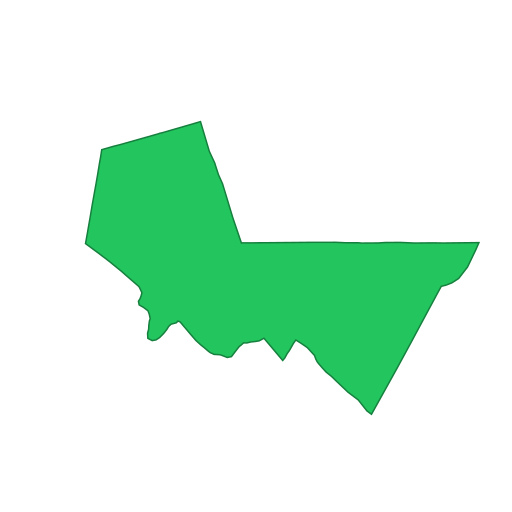 outline of Reforma de Pineda, Oaxaca, Mexico, rotated 301°
{"feature_id": "50627088B66441265662179", "entity_name": "Reforma de Pineda", "entity_type": "district", "adm_level": 2, "iso_a3": "MEX", "parent_name": "Mexico", "parent_adm1": "Oaxaca", "projection": "robinson", "projection_center": [-94.453, 16.395], "detail": "fine", "context": "isolated", "style": "filled", "palette": "green", "viewbox_px": 512, "rotation_deg": 301, "n_neighbors": 0, "source": "geoboundaries", "source_scale": "gbopen_adm2", "svg_char_len": 1944}
<svg xmlns="http://www.w3.org/2000/svg" viewBox="0 0 512 512"><g transform="rotate(301 256 256)"><path d="M171.3,161.1L169.9,169.2L169.6,170.8L169.2,172.0L165.8,177.1L162.8,178.0L159.7,178.6L156.7,178.5L153.9,181.0L154.0,186.0L153.4,191.6L151.2,194.4L148.5,196.9L147.8,197.6L145.6,198.0L141.4,199.8L137.9,201.7L134.0,202.8L129.7,205.7L130.0,210.6L132.7,213.6L136.5,215.4L141.8,216.7L147.0,217.4L150.6,217.4L153.3,218.2L154.0,218.5L157.7,222.1L160.0,222.6L160.4,225.0L155.2,240.2L152.7,247.8L151.4,254.1L150.8,258.6L149.8,264.4L149.6,266.9L149.9,268.8L150.0,270.6L152.9,276.2L153.7,280.5L154.2,283.6L157.1,286.8L162.7,287.4L166.3,287.8L170.0,288.3L171.3,288.9L175.1,290.1L176.8,293.0L179.7,295.9L182.4,299.5L184.9,302.4L189.6,305.2L180.2,332.7L183.3,333.2L188.6,333.0L191.9,333.3L196.9,333.2L200.1,333.1L204.5,333.4L204.4,339.2L204.1,344.6L203.9,347.2L200.9,357.3L198.4,360.4L196.8,363.0L195.9,365.3L194.1,370.9L192.6,375.9L191.7,382.6L190.2,389.0L186.6,405.2L185.3,417.7L180.3,431.0L179.8,436.5L180.0,436.5L186.3,436.3L209.8,435.5L232.8,434.7L264.9,433.3L278.8,432.6L318.7,430.7L323.8,430.5L325.4,430.4L328.9,433.9L333.8,437.7L341.1,441.3L355.5,443.0L374.7,441.2L382.3,440.2L363.5,409.7L359.1,402.1L354.9,395.2L348.7,385.1L341.8,372.4L334.1,359.8L330.1,354.0L321.5,339.9L320.1,337.0L313.4,325.8L311.2,321.7L308.8,317.3L304.4,310.0L296.7,297.2L278.5,267.5L273.9,260.0L270.5,254.4L266.7,248.2L266.4,247.8L263.2,242.5L259.7,236.7L276.7,216.6L300.7,190.1L306.4,181.9L313.9,173.3L314.2,173.1L321.8,161.9L322.1,161.6L342.6,139.2L312.7,111.5L312.5,111.3L311.9,110.5L310.7,109.6L280.9,81.6L276.9,77.6L267.7,69.0L260.1,72.1L256.3,73.5L243.7,78.5L237.0,81.1L233.6,82.4L217.8,88.4L216.2,89.0L203.5,94.0L203.3,94.1L201.9,94.6L191.3,98.7L189.8,99.3L187.4,100.2L178.8,103.5L177.3,119.5L176.7,124.8L176.3,129.0L176.1,130.3L175.8,132.9L173.8,146.9L173.6,148.4L172.4,154.8L172.3,155.6L171.3,161.1Z" fill="#22c55e" stroke="#15803d" stroke-width="1.5"/></g></svg>